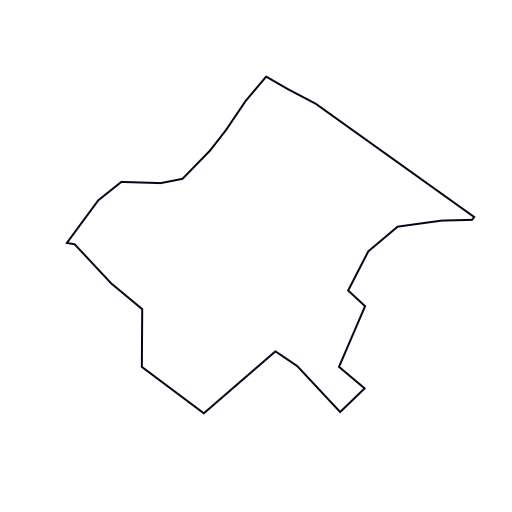 the district of Gyeyang-gu, Gyeonggi, South Korea, rotated 214°
{"feature_id": "91817680B94833670639499", "entity_name": "Gyeyang-gu", "entity_type": "district", "adm_level": 2, "iso_a3": "KOR", "parent_name": "South Korea", "parent_adm1": "Gyeonggi", "projection": "albers", "projection_center": [126.738, 37.552], "detail": "fine", "context": "isolated", "style": "outline", "palette": "ink", "viewbox_px": 512, "rotation_deg": 214, "n_neighbors": 0, "source": "geoboundaries", "source_scale": "gbopen_adm2", "svg_char_len": 544}
<svg xmlns="http://www.w3.org/2000/svg" viewBox="0 0 512 512"><g transform="rotate(214 256 256)"><path d="M211.3,96.4L186.6,187.8L160.3,187.8L99.0,173.7L91.9,207.0L125.2,210.5L137.5,275.4L160.3,278.9L165.5,322.7L155.0,359.5L137.4,375.3L121.7,389.3L97.1,406.8L96.9,410.3L291.7,415.6L323.3,412.1L347.8,410.4L347.9,410.2L351.3,378.8L351.3,343.7L353.1,317.5L360.1,278.9L367.9,271.0L375.8,263.1L409.1,242.1L417.9,214.0L420.1,161.1L412.9,164.3L360.7,152.3L320.6,148.3L288.6,100.2L211.3,96.4Z" fill="none" stroke="#020617" stroke-width="2"/></g></svg>